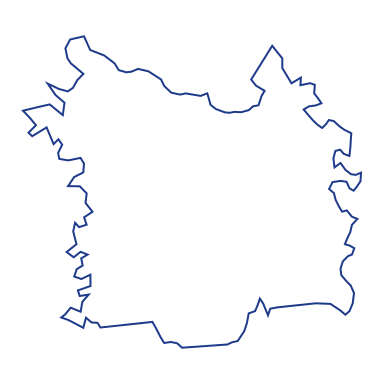 outline of Tapejara, Rio Grande do Sul, Brazil
{"feature_id": "56859067B25577856249744", "entity_name": "Tapejara", "entity_type": "district", "adm_level": 2, "iso_a3": "BRA", "parent_name": "Brazil", "parent_adm1": "Rio Grande do Sul", "projection": "equal_earth", "projection_center": [-52.006, -28.054], "detail": "fine", "context": "isolated", "style": "outline", "palette": "blue", "viewbox_px": 384, "rotation_deg": 0, "n_neighbors": 0, "source": "geoboundaries", "source_scale": "gbopen_adm2", "svg_char_len": 2298}
<svg xmlns="http://www.w3.org/2000/svg" viewBox="0 0 384 384"><path d="M231.8,342.4L237.7,341.0L240.6,336.7L244.3,331.0L246.9,323.1L248.7,313.4L255.1,311.1L257.5,305.5L259.9,298.6L263.2,303.6L268.0,315.3L270.2,308.7L277.8,307.3L315.8,303.3L330.5,303.9L340.4,310.5L345.4,314.7L349.5,311.1L352.7,303.4L354.0,293.2L350.8,285.6L346.8,281.6L341.4,275.3L340.5,268.9L342.8,261.4L347.9,256.2L352.0,254.5L354.3,248.2L349.6,245.6L344.9,244.2L347.5,237.8L350.3,232.1L351.9,224.9L357.4,218.9L351.9,216.7L346.8,210.4L342.1,211.7L339.0,206.6L335.7,200.0L333.9,193.1L329.1,189.0L332.5,182.1L340.7,180.9L346.5,181.8L349.6,188.4L353.6,190.7L356.7,186.9L360.5,181.2L361.0,172.7L355.7,174.9L351.0,174.2L345.4,169.8L340.5,163.0L334.5,167.4L333.4,158.2L335.4,150.9L340.2,149.7L343.7,153.8L349.4,156.0L350.4,147.1L350.8,139.9L351.3,133.3L344.4,129.8L339.3,126.2L333.8,121.1L328.9,120.0L325.8,124.4L322.1,128.0L317.4,124.6L313.0,120.4L308.9,115.7L303.7,109.5L309.1,106.3L315.5,105.5L321.4,103.3L318.1,98.4L314.2,93.4L314.8,84.8L310.1,83.2L300.4,85.2L300.9,77.6L291.5,83.3L282.3,68.1L282.3,58.4L272.2,45.8L251.2,79.5L255.8,85.5L264.6,90.8L261.5,96.1L258.5,105.3L253.1,106.3L248.8,110.1L241.2,112.2L234.2,111.9L229.7,112.8L224.7,112.3L216.0,109.1L210.6,104.9L207.3,93.3L200.7,95.9L185.7,93.4L180.2,94.6L171.3,92.7L164.2,86.0L161.1,79.5L148.4,71.3L138.0,68.9L131.4,71.7L126.4,72.3L118.7,70.1L114.7,63.5L104.3,55.5L90.2,50.0L84.0,36.3L70.1,39.5L65.4,48.4L67.5,58.4L70.8,63.3L83.4,73.9L77.2,80.2L73.0,87.8L67.8,91.4L59.0,89.0L47.7,83.6L55.5,95.0L64.5,102.7L62.8,115.1L49.7,104.4L36.2,107.5L23.0,110.7L29.6,117.6L36.0,125.2L28.5,132.7L32.2,136.2L46.6,127.4L53.6,144.1L58.4,139.3L62.2,144.7L58.1,152.9L59.3,158.9L68.3,160.4L80.5,157.9L84.0,163.6L83.3,172.4L74.1,177.1L68.1,186.1L79.8,186.3L86.7,193.4L85.5,202.9L92.5,211.8L84.1,217.3L86.6,224.7L79.1,227.1L75.1,222.8L73.2,231.5L76.5,244.2L66.6,252.0L73.7,257.3L80.6,251.8L87.6,254.6L81.2,258.4L82.7,265.5L76.8,269.1L74.2,276.5L81.3,279.0L90.4,274.7L90.5,286.0L77.9,290.4L79.7,296.0L88.6,294.6L82.4,301.8L80.6,311.7L70.7,307.7L65.3,314.3L61.3,317.5L68.6,320.1L83.3,327.8L86.0,317.7L91.6,322.5L97.5,322.8L100.4,327.5L152.4,321.9L156.1,328.4L160.6,337.2L164.2,343.0L170.8,342.0L177.0,343.2L182.1,347.7L227.4,344.5L231.8,342.4Z" fill="none" stroke="#1e3a8a" stroke-width="2"/></svg>